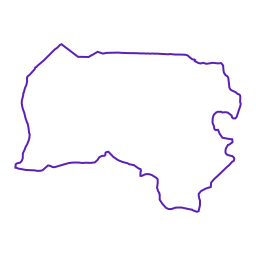 the district of Chiquimula, Chiquimula, Guatemala
{"feature_id": "79465075B13186946486683", "entity_name": "Chiquimula", "entity_type": "district", "adm_level": 2, "iso_a3": "GTM", "parent_name": "Guatemala", "parent_adm1": "Chiquimula", "projection": "natural_earth1", "projection_center": [-89.563, 14.792], "detail": "fine", "context": "isolated", "style": "outline", "palette": "violet", "viewbox_px": 256, "rotation_deg": 0, "n_neighbors": 0, "source": "geoboundaries", "source_scale": "gbopen_adm2", "svg_char_len": 2669}
<svg xmlns="http://www.w3.org/2000/svg" viewBox="0 0 256 256"><path d="M23.3,93.1L23.3,94.7L21.8,100.9L21.7,103.5L22.7,108.6L24.2,112.6L25.5,118.0L27.0,122.5L27.5,123.1L28.4,127.1L29.1,132.8L29.7,134.4L29.3,138.3L28.6,140.7L27.0,144.6L25.8,146.5L24.7,149.5L22.9,153.3L22.7,158.5L21.8,160.8L20.2,162.6L17.1,163.3L15.7,164.3L15.4,167.7L16.6,167.8L18.0,168.5L26.1,170.0L34.1,170.3L37.5,170.9L40.9,170.7L42.6,170.2L48.1,165.4L50.9,166.1L52.4,167.0L54.5,167.2L68.5,163.1L72.1,162.6L77.6,162.5L83.0,163.0L85.7,162.7L90.5,162.9L94.8,162.4L97.4,160.1L99.3,157.2L102.0,155.9L104.7,155.7L105.3,155.0L105.5,152.8L106.5,152.0L108.5,151.8L113.2,156.8L118.2,160.2L122.6,162.0L127.1,163.1L129.6,164.3L133.9,165.1L138.8,168.6L140.5,169.1L141.0,170.8L140.5,172.1L140.4,175.8L141.5,176.0L145.5,174.2L148.7,174.1L151.6,174.9L156.4,177.9L157.7,179.3L157.7,183.0L157.0,188.1L157.5,188.9L158.0,191.0L158.4,191.7L159.2,192.7L159.3,193.9L159.7,194.3L159.7,199.7L162.2,203.6L166.0,207.8L168.4,209.0L169.5,209.1L171.6,209.0L175.7,207.6L181.4,207.5L191.2,209.6L191.8,209.5L192.6,210.2L196.9,211.8L198.6,211.2L200.0,205.1L200.0,200.2L199.5,199.6L198.7,195.6L198.8,193.7L201.0,191.1L205.9,188.5L210.8,187.0L211.1,182.6L214.5,178.7L217.9,175.7L227.1,166.8L227.8,166.2L229.1,165.2L232.3,161.6L232.8,161.5L233.9,160.6L234.3,158.6L233.8,157.5L232.4,156.1L230.6,155.8L227.3,154.8L226.1,153.8L225.5,152.7L225.5,150.1L226.0,148.2L227.8,145.3L228.0,144.9L228.8,144.8L232.5,142.3L232.2,139.3L229.2,139.0L222.4,137.7L219.6,133.7L218.1,129.8L215.9,130.1L215.1,129.8L214.3,128.8L214.0,126.3L212.7,123.3L212.5,122.0L212.7,118.4L213.4,115.7L214.2,114.4L216.3,112.4L217.8,111.8L221.3,111.8L222.4,112.5L224.9,112.2L227.6,112.5L231.6,115.5L232.0,117.2L233.2,118.4L235.3,118.4L236.6,117.0L240.6,105.0L240.6,103.2L240.1,102.0L240.3,96.6L240.0,95.3L239.2,94.4L237.7,94.0L235.7,92.2L230.9,90.0L229.8,88.4L229.4,87.6L228.3,77.8L227.3,76.2L225.7,75.3L224.0,72.8L223.5,70.7L223.1,65.5L221.2,63.1L218.1,63.4L212.6,62.8L206.5,63.8L203.1,62.8L200.6,63.5L198.4,63.0L194.8,61.1L195.2,60.1L194.3,59.5L193.1,59.5L192.0,59.1L190.0,57.5L187.6,55.4L185.6,54.8L184.1,54.7L177.7,54.5L174.6,54.5L169.9,54.0L168.5,54.3L163.1,54.0L157.5,53.7L155.1,53.7L151.9,53.5L149.9,53.7L148.9,53.5L147.1,53.5L144.7,53.5L144.3,53.4L143.9,53.4L143.1,53.4L142.4,53.4L142.0,53.4L141.5,53.4L139.5,53.4L136.8,53.2L128.8,53.1L122.1,52.9L117.9,52.6L113.8,52.7L106.6,52.9L102.9,53.6L97.7,51.8L91.4,55.4L88.5,57.0L78.0,56.8L61.4,44.2L59.7,45.2L57.6,47.5L54.7,49.5L44.0,60.2L37.0,66.2L36.6,66.9L35.2,67.6L34.7,69.2L29.9,74.5L28.1,76.0L27.6,76.4L27.0,77.4L27.1,81.6L26.3,85.1L24.9,88.3L23.8,92.5L23.3,93.1Z" fill="none" stroke="#5b21b6" stroke-width="2"/></svg>